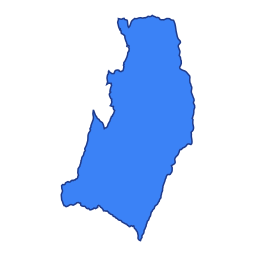 La Uvita, Boyacá, Colombia
{"feature_id": "7082276B58471710913685", "entity_name": "La Uvita", "entity_type": "district", "adm_level": 2, "iso_a3": "COL", "parent_name": "Colombia", "parent_adm1": "Boyacá", "projection": "equal_earth", "projection_center": [-72.564, 6.265], "detail": "fine", "context": "isolated", "style": "filled", "palette": "blue", "viewbox_px": 256, "rotation_deg": 0, "n_neighbors": 0, "source": "geoboundaries", "source_scale": "gbopen_adm2", "svg_char_len": 5760}
<svg xmlns="http://www.w3.org/2000/svg" viewBox="0 0 256 256"><path d="M194.1,100.4L193.9,98.9L193.2,97.4L192.4,95.1L191.4,92.6L191.3,91.0L191.7,88.8L191.8,87.5L191.6,86.7L191.1,85.9L190.7,84.1L189.9,82.5L189.7,79.6L189.9,77.4L189.7,76.0L186.3,72.0L184.9,71.0L182.6,70.2L180.3,69.0L180.0,68.6L179.7,67.9L179.7,66.9L180.5,65.7L181.3,63.5L181.2,60.8L180.7,59.6L180.4,57.3L179.6,56.0L179.2,55.6L179.9,52.4L179.9,51.2L178.3,46.8L178.2,46.0L178.5,45.0L180.4,42.7L180.4,41.8L180.0,40.8L178.4,39.1L177.9,38.2L177.3,36.6L176.1,31.1L175.4,26.1L174.9,23.8L174.0,21.4L173.5,20.3L171.1,19.9L169.6,18.7L169.0,18.6L166.8,18.5L163.7,19.9L163.3,19.7L161.2,19.8L159.9,19.4L159.4,18.3L158.6,17.7L157.6,17.4L156.3,17.5L154.6,16.5L153.5,16.3L152.6,15.5L152.2,15.4L151.1,16.4L149.5,16.6L148.1,16.3L147.0,17.1L146.5,17.4L146.1,17.4L145.2,17.9L144.2,17.7L143.5,18.0L142.6,18.1L140.5,17.7L138.6,18.0L137.1,18.6L135.9,18.7L134.5,18.5L134.0,19.1L133.0,19.8L132.0,20.7L131.2,22.0L130.0,25.7L129.8,26.1L129.3,26.3L128.9,27.4L128.7,27.5L128.5,27.2L127.9,25.8L127.4,20.9L127.1,20.2L124.6,19.4L124.3,19.1L124.2,18.4L123.2,18.4L121.8,19.2L120.6,19.1L118.4,18.6L118.5,19.4L117.7,22.1L117.7,22.6L118.7,27.0L119.7,29.4L120.1,28.6L120.3,28.7L120.3,29.8L121.1,31.0L121.0,31.9L121.4,32.9L121.4,33.4L123.7,34.7L124.2,35.4L124.8,35.9L124.9,37.8L125.9,41.1L126.4,41.9L126.7,43.3L127.1,44.1L127.0,45.7L126.8,46.3L127.1,46.5L127.3,45.7L127.6,45.2L128.8,45.6L129.0,46.2L128.7,47.7L129.3,48.9L129.1,49.5L129.0,51.1L128.6,51.2L128.3,52.0L127.9,52.4L127.7,53.3L127.7,54.3L127.0,56.7L126.7,57.5L126.4,58.2L125.0,61.1L123.9,62.5L123.8,63.6L124.0,64.5L123.5,64.9L123.4,65.2L123.8,66.2L123.9,66.5L123.6,68.4L123.0,70.6L121.2,71.4L121.2,71.5L120.4,71.6L119.4,71.1L119.2,70.7L119.0,70.8L118.7,70.2L117.8,70.0L116.1,70.2L115.3,70.6L115.1,70.9L114.5,72.1L114.0,73.5L113.3,73.6L111.9,73.6L109.4,71.9L108.8,70.9L108.5,71.3L108.4,73.8L107.7,74.6L107.3,75.9L107.0,78.1L107.6,81.9L106.8,84.3L108.4,83.3L108.8,83.2L110.1,83.3L111.2,83.3L111.4,83.8L111.2,84.3L111.6,85.3L111.5,85.6L110.5,88.3L110.4,89.9L110.1,90.0L110.0,91.6L110.7,92.0L110.6,92.5L109.7,93.2L109.3,94.2L109.6,95.8L110.7,98.3L110.9,98.7L111.7,99.1L111.5,100.8L111.8,101.5L111.8,102.4L111.1,104.3L110.7,105.2L110.3,105.7L112.2,106.4L113.4,106.4L113.5,106.8L113.2,107.4L113.3,108.4L113.7,109.6L114.7,110.4L113.7,113.3L113.3,114.1L112.8,114.7L112.4,116.1L111.5,116.4L111.4,117.1L111.1,117.4L110.9,118.3L110.5,118.8L110.0,120.8L108.2,124.0L107.4,126.6L106.1,127.8L105.0,128.0L104.3,128.6L103.4,124.9L102.6,123.1L102.3,122.6L100.1,121.1L99.6,120.5L99.0,119.4L98.4,119.2L97.0,117.9L96.7,117.0L95.4,115.2L93.6,110.4L93.3,110.4L92.9,113.8L93.2,115.9L93.4,116.6L93.4,118.1L93.1,119.8L91.0,125.5L90.8,127.3L90.0,128.4L90.1,129.5L90.5,129.8L90.5,130.0L89.9,131.4L88.8,132.9L88.3,134.2L88.0,135.7L87.9,138.9L87.7,140.8L86.4,145.3L84.8,148.6L84.8,149.4L85.3,150.5L85.2,150.8L84.2,152.1L83.6,154.6L83.3,155.5L82.3,156.7L81.9,157.5L81.4,160.0L80.9,161.0L81.1,161.7L80.7,162.6L80.7,163.3L80.1,164.8L79.8,166.2L78.1,168.7L77.8,172.7L78.2,174.4L78.5,175.2L77.9,176.2L77.8,177.4L77.1,178.6L75.9,179.0L75.0,180.0L74.2,179.9L73.2,180.6L72.1,180.2L71.5,180.8L70.7,181.1L70.1,181.9L69.7,182.1L68.7,182.0L68.1,181.6L67.6,181.7L65.5,182.9L65.1,184.0L64.7,184.5L63.8,184.7L62.8,184.5L62.4,184.8L61.6,185.7L61.8,188.2L61.9,188.9L62.4,190.2L62.5,190.9L62.4,191.7L61.5,194.0L61.3,194.6L61.3,195.3L61.7,199.9L62.5,201.5L63.1,203.6L64.0,205.5L64.4,205.4L65.7,206.5L66.5,206.6L68.4,205.8L69.5,205.0L70.5,204.6L71.6,204.6L72.4,205.0L73.6,205.1L74.7,204.3L75.7,203.9L76.7,202.8L78.5,202.5L79.4,203.1L80.5,203.1L80.6,203.6L80.7,205.0L81.1,205.5L81.7,205.9L83.2,206.3L84.5,206.3L85.0,206.4L86.5,208.2L87.5,208.7L88.5,208.4L88.9,208.5L89.4,209.5L90.1,209.9L91.8,209.5L92.6,209.0L93.3,208.8L93.9,208.1L94.9,208.2L95.3,208.6L96.3,208.2L97.0,207.6L97.6,207.5L97.7,207.2L97.5,206.6L97.6,206.3L97.9,205.8L98.7,205.4L99.1,205.8L99.9,206.1L100.6,207.3L101.5,207.7L103.2,209.7L103.3,210.6L103.6,210.9L104.9,210.8L106.1,211.2L106.9,210.9L107.2,211.0L107.7,211.6L108.5,212.1L109.0,213.1L109.8,213.3L110.3,214.0L112.7,214.9L113.0,215.8L113.3,216.3L113.8,216.5L114.4,216.5L114.9,217.0L115.5,217.2L116.1,218.2L117.0,218.4L118.3,219.7L119.2,220.2L120.9,220.5L121.5,221.1L122.0,221.9L125.8,224.0L126.7,224.2L127.5,225.3L128.5,225.7L129.2,226.6L129.6,226.7L130.0,226.6L131.1,225.6L131.7,225.8L132.6,226.4L133.2,226.0L133.7,225.9L134.4,228.2L134.7,228.6L135.8,229.4L136.3,230.7L137.1,231.4L137.5,232.5L138.2,235.7L138.0,238.1L138.2,238.9L139.1,240.0L139.8,240.4L140.5,240.6L141.1,238.8L142.0,237.5L141.9,235.8L142.6,234.6L143.3,233.8L143.7,233.1L144.0,231.8L144.1,230.2L144.9,229.0L145.6,227.1L146.1,226.1L146.3,224.5L146.8,223.4L147.4,221.2L148.6,220.0L149.5,217.3L150.4,216.1L151.3,212.0L152.0,211.5L152.6,210.1L154.2,208.5L154.6,207.0L155.1,206.0L157.4,204.2L158.5,202.0L159.2,201.2L159.4,200.1L159.9,199.2L160.2,198.6L160.9,197.9L161.0,195.6L161.4,194.5L161.6,192.9L162.5,190.8L162.6,188.4L162.9,187.7L162.8,186.9L163.2,185.5L164.8,181.2L165.3,179.2L166.0,177.9L166.2,176.7L166.9,175.3L167.6,174.6L168.4,174.5L169.4,174.6L170.2,174.3L171.8,171.9L172.1,170.8L172.2,167.7L171.4,165.7L173.9,164.1L174.6,163.6L175.0,162.9L175.2,162.2L174.7,159.3L175.0,158.2L176.3,156.3L177.2,155.6L178.0,154.6L179.0,152.3L179.5,150.6L180.2,149.5L181.3,149.5L182.9,147.9L184.3,147.3L185.7,146.4L187.4,144.2L188.9,143.9L190.9,144.5L191.6,143.8L191.9,143.0L192.0,141.7L191.8,139.5L191.4,137.0L191.3,135.9L191.4,134.3L191.2,132.6L191.2,132.2L192.5,130.9L193.2,129.8L193.6,128.0L193.4,126.3L192.8,123.7L192.8,121.2L193.0,119.7L192.2,118.3L192.6,117.5L192.9,116.1L193.5,114.5L193.8,112.3L193.8,110.5L194.1,109.1L194.7,107.7L194.6,105.5L193.4,103.0L193.5,102.0L194.1,100.4Z" fill="#3b82f6" stroke="#1e3a8a" stroke-width="1.5"/></svg>